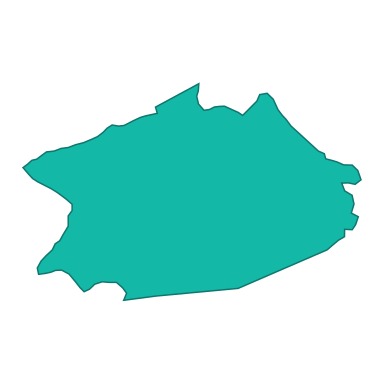 outline of Saltinho, Santa Catarina, Brazil
{"feature_id": "56859067B33666682456354", "entity_name": "Saltinho", "entity_type": "district", "adm_level": 2, "iso_a3": "BRA", "parent_name": "Brazil", "parent_adm1": "Santa Catarina", "projection": "albers", "projection_center": [-53.035, -26.587], "detail": "fine", "context": "isolated", "style": "filled", "palette": "teal", "viewbox_px": 384, "rotation_deg": 0, "n_neighbors": 0, "source": "geoboundaries", "source_scale": "gbopen_adm2", "svg_char_len": 1356}
<svg xmlns="http://www.w3.org/2000/svg" viewBox="0 0 384 384"><path d="M123.7,300.3L155.5,296.1L238.1,288.4L327.2,249.8L331.7,245.9L338.5,240.2L344.5,236.7L344.6,229.3L352.2,229.7L355.6,224.7L358.3,216.7L351.3,213.1L354.0,204.1L352.1,195.3L344.7,190.9L341.7,183.1L348.4,182.9L355.1,184.3L361.0,179.8L357.8,170.5L352.2,165.1L343.7,164.9L337.4,162.1L332.6,160.6L325.7,158.8L324.3,153.7L318.4,151.1L290.9,125.9L286.0,119.3L282.3,115.4L278.0,109.7L273.2,99.2L267.1,93.3L259.7,94.6L256.9,101.1L242.7,115.4L238.2,112.4L231.7,109.5L224.5,106.2L219.5,106.4L214.4,107.0L209.5,109.5L204.0,110.3L198.5,104.0L196.7,96.3L198.3,90.9L198.8,83.7L155.5,107.1L157.3,113.3L151.5,114.6L145.9,115.8L140.2,117.5L133.0,120.9L124.0,125.5L118.5,126.1L112.1,125.0L107.1,128.2L103.3,132.2L97.4,136.7L90.2,139.9L83.8,142.6L75.7,144.7L68.3,147.5L61.3,148.4L54.0,151.1L46.5,151.9L41.2,155.8L36.7,159.2L31.9,160.3L27.6,164.2L23.0,167.6L28.2,173.7L32.6,178.5L37.5,181.7L45.3,185.7L51.4,188.8L57.4,192.6L65.9,198.9L72.1,204.3L72.1,210.6L68.2,215.9L68.2,226.2L63.2,234.5L59.7,240.8L55.2,243.8L52.3,249.9L46.0,255.8L41.0,261.2L37.3,268.0L38.6,274.3L45.5,273.4L50.9,272.2L55.5,270.4L61.6,270.1L69.1,274.1L75.5,281.8L80.1,287.7L84.1,291.7L89.5,289.2L94.7,284.2L102.2,281.8L109.5,282.4L116.5,282.4L122.6,287.8L126.6,293.2L123.7,300.3Z" fill="#14b8a6" stroke="#0f766e" stroke-width="1.5"/></svg>